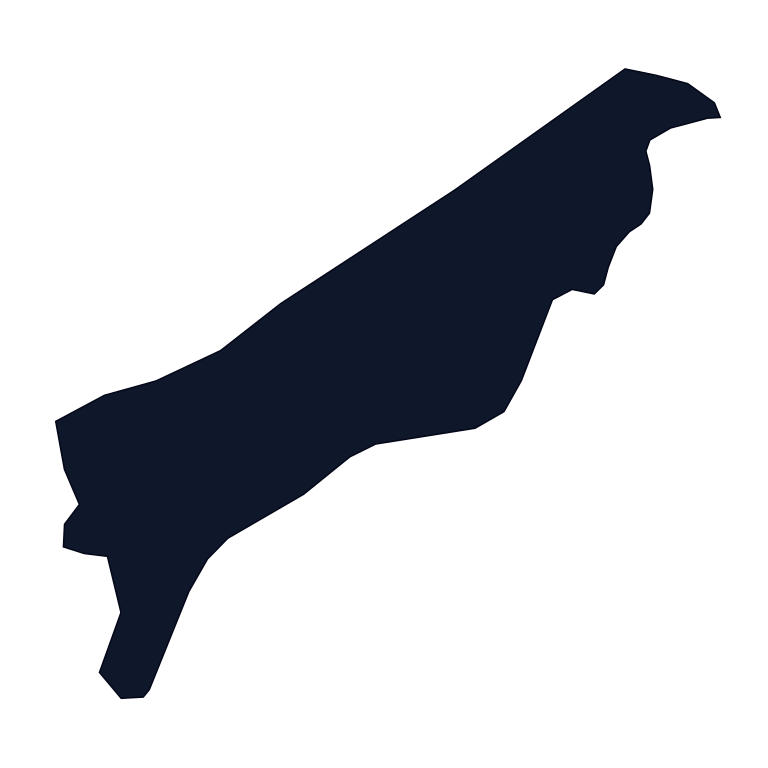 the border of Qusar, rotated 182°
{"feature_id": "AZE-1729", "entity_name": "Qusar", "entity_type": "District", "adm_level": 1, "iso_a3": "AZE", "parent_name": "Azerbaijan", "parent_adm1": "", "projection": "mercator", "projection_center": [48.173, 41.44], "detail": "fine", "context": "isolated", "style": "filled", "palette": "ink", "viewbox_px": 768, "rotation_deg": 182, "n_neighbors": 0, "source": "natural_earth", "source_scale": "10m", "svg_char_len": 727}
<svg xmlns="http://www.w3.org/2000/svg" viewBox="0 0 768 768"><g transform="rotate(182 384 384)"><path d="M199.3,485.1L218.6,474.1L246.8,392.2L263.1,360.6L291.4,343.0L390.3,323.7L415.6,310.0L460.5,271.0L534.7,224.4L554.3,202.9L571.7,169.9L607.9,70.3L613.7,62.7L635.7,60.7L658.3,85.8L638.9,146.4L654.4,202.1L677.6,204.1L698.7,210.0L698.4,232.7L684.2,253.0L700.4,287.5L710.8,335.2L662.9,363.0L612.0,379.1L548.5,411.7L490.0,460.8L320.3,580.2L154.1,707.3L122.3,701.9L91.0,694.8L63.6,676.5L57.2,662.1L70.2,660.9L106.6,649.8L126.8,637.1L130.4,625.9L126.1,611.3L122.2,587.9L124.6,564.1L132.6,553.0L144.1,544.7L156.6,529.5L163.9,508.7L168.0,490.8L177.0,481.3L199.3,485.1Z" fill="#0f172a" stroke="#020617" stroke-width="1.5"/></g></svg>